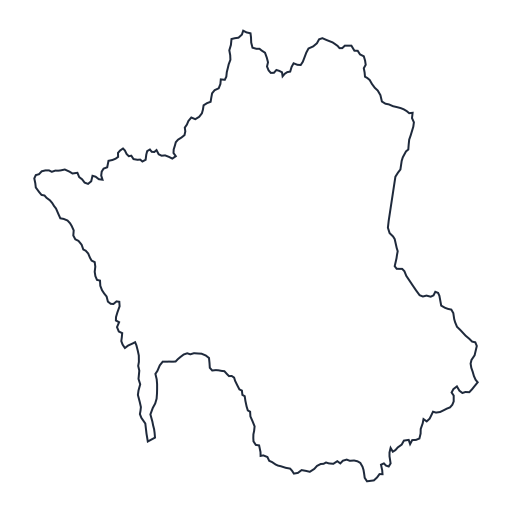 outline of Paraíso do Tocantins, Tocantins, Brazil
{"feature_id": "56859067B72116218699042", "entity_name": "Paraíso do Tocantins", "entity_type": "district", "adm_level": 2, "iso_a3": "BRA", "parent_name": "Brazil", "parent_adm1": "Tocantins", "projection": "equal_earth", "projection_center": [-48.851, -10.214], "detail": "fine", "context": "isolated", "style": "outline", "palette": "slate", "viewbox_px": 512, "rotation_deg": 0, "n_neighbors": 0, "source": "geoboundaries", "source_scale": "gbopen_adm2", "svg_char_len": 5322}
<svg xmlns="http://www.w3.org/2000/svg" viewBox="0 0 512 512"><path d="M224.8,79.8L220.8,79.4L220.4,84.0L218.7,88.3L214.6,90.2L212.1,93.3L211.3,97.6L210.6,101.8L207.1,103.1L203.6,105.3L202.9,109.7L201.9,113.3L199.2,116.8L195.3,119.2L191.3,117.5L188.4,121.0L186.9,124.6L184.8,127.6L185.3,131.4L184.5,135.1L181.5,137.5L178.0,139.7L175.8,142.2L174.9,145.6L173.7,149.4L173.5,153.0L175.8,156.2L172.3,158.6L169.0,156.9L165.1,155.4L161.6,155.7L158.7,154.3L156.5,150.1L154.3,152.0L151.7,151.8L149.9,149.5L147.2,151.1L146.3,154.5L145.6,159.8L142.4,161.5L140.2,159.6L137.5,159.8L133.5,159.1L131.3,155.7L128.8,156.2L126.6,154.0L124.9,150.5L123.0,148.5L120.1,150.5L118.0,152.9L118.1,156.9L115.6,158.7L112.4,160.0L108.5,160.8L107.2,167.3L103.6,168.6L101.7,171.6L101.2,175.5L102.5,179.7L98.8,179.2L95.6,176.7L92.5,175.8L91.2,181.3L88.0,183.9L84.6,182.6L82.1,179.3L79.2,177.1L77.4,172.8L72.5,173.5L69.4,171.6L64.8,169.5L60.7,170.4L58.1,170.7L55.3,170.6L51.8,171.8L49.0,170.4L45.4,170.4L41.7,171.3L39.0,174.2L35.8,175.1L34.3,178.4L35.3,183.3L35.8,187.5L39.0,191.9L41.5,194.9L44.5,195.5L46.5,197.8L49.9,200.3L52.2,203.0L54.1,206.1L56.0,208.5L58.2,213.6L60.3,218.3L63.6,218.9L67.5,220.5L70.1,223.3L71.7,226.0L73.7,230.4L73.3,235.5L75.3,239.3L78.5,240.9L81.6,244.7L83.3,249.5L85.7,250.7L88.2,253.5L90.0,257.8L91.6,260.6L94.7,262.1L95.3,266.7L94.7,271.8L95.4,276.2L97.0,279.9L100.0,280.6L100.3,285.8L102.0,290.2L104.1,293.4L106.6,296.5L107.9,301.6L110.7,303.8L113.4,304.0L116.5,301.4L119.3,301.8L119.6,306.3L117.4,312.4L116.0,317.1L115.9,320.5L119.1,322.2L117.0,327.1L118.8,331.5L122.2,333.1L121.8,337.3L121.3,341.1L122.6,344.6L124.9,348.0L128.2,345.5L132.6,343.5L135.1,342.2L136.4,345.3L137.8,350.8L138.8,355.5L138.9,361.9L138.2,365.9L139.3,370.7L138.5,378.9L140.2,384.3L138.5,390.5L137.9,394.9L139.8,402.2L140.9,407.1L140.5,410.7L139.9,414.1L141.4,417.9L145.3,423.5L146.5,433.7L147.8,441.5L155.0,437.6L154.6,432.9L154.1,429.2L153.1,425.3L152.4,421.7L150.4,414.4L152.8,407.9L155.2,403.5L156.6,398.7L157.0,393.5L157.1,389.1L157.1,384.2L156.7,379.3L155.4,373.9L157.4,370.9L159.8,365.3L162.7,361.7L165.4,361.7L169.2,361.6L173.0,361.7L175.6,361.5L177.8,359.2L180.4,357.0L183.7,354.5L187.2,353.3L190.3,354.3L194.0,353.2L198.0,353.5L201.5,353.7L205.8,355.5L209.0,358.0L209.5,363.0L209.8,367.8L212.2,370.5L215.8,370.1L218.5,370.3L221.6,370.9L224.4,371.2L227.0,374.1L229.0,376.1L231.7,376.0L234.1,377.6L235.1,380.8L237.2,385.1L239.4,389.4L241.9,390.6L242.4,394.9L244.7,396.2L245.4,400.9L246.6,406.5L247.8,410.4L250.1,411.7L250.4,416.4L252.6,421.4L254.6,426.4L254.1,431.0L253.4,434.3L253.3,438.0L253.5,441.4L255.8,444.9L259.1,445.4L260.5,452.1L260.6,455.9L263.3,455.4L267.4,457.0L269.2,460.8L272.1,462.1L275.6,464.5L278.0,465.6L280.7,466.2L285.7,467.8L290.1,468.6L292.0,470.7L293.9,473.6L297.9,472.9L301.6,470.1L306.0,470.9L309.8,471.8L314.3,468.9L317.0,465.9L320.7,464.0L323.6,463.8L326.0,462.5L328.9,463.4L333.3,463.8L337.3,461.2L340.3,463.4L342.9,460.7L346.7,459.6L349.8,460.8L354.1,460.5L357.5,461.3L360.3,462.9L362.5,466.7L363.5,469.9L364.1,473.5L364.7,477.8L367.0,481.3L373.9,480.4L377.1,477.4L379.5,474.1L382.5,474.2L382.2,470.3L381.0,464.7L383.9,463.4L386.0,465.6L388.7,466.5L390.6,463.4L389.5,456.3L389.5,452.5L390.6,447.9L392.8,451.7L395.4,450.1L397.8,447.4L401.7,444.6L403.9,440.6L408.7,439.9L410.1,444.1L412.2,440.1L416.0,439.9L419.4,438.5L420.6,433.6L420.7,429.0L422.7,423.3L423.5,419.1L426.7,421.4L429.6,418.7L431.2,415.5L433.0,411.7L436.0,412.6L440.1,412.0L443.8,410.2L446.9,408.6L450.0,407.4L452.3,404.8L453.7,401.4L453.7,395.6L451.6,392.5L453.4,389.1L456.9,386.4L459.4,390.7L462.4,393.0L465.4,392.0L469.3,392.2L472.2,389.1L474.1,386.7L477.7,382.3L475.6,379.8L473.9,376.0L472.7,371.8L471.3,367.8L470.6,363.6L471.5,359.9L474.6,355.3L476.8,346.0L475.3,342.3L472.1,341.6L469.3,338.8L465.6,335.7L460.5,330.2L457.0,326.8L455.1,322.2L454.2,319.1L453.3,313.1L451.3,309.6L448.0,308.9L445.0,307.8L441.2,305.6L439.4,295.8L438.1,292.9L435.3,291.8L433.5,295.4L430.7,296.7L426.5,295.6L422.9,296.5L419.6,295.2L416.0,290.3L412.6,285.3L409.0,279.9L406.3,275.9L404.4,271.2L402.2,268.9L396.7,268.8L394.7,266.2L396.5,258.3L397.0,254.9L397.7,251.2L396.7,248.0L394.7,239.1L393.1,236.5L389.6,233.1L387.9,227.7L388.7,220.7L395.4,176.7L398.0,172.6L400.4,169.5L401.7,160.8L402.8,157.3L406.0,151.4L408.3,149.5L408.7,144.4L409.2,139.6L410.7,135.3L413.3,126.7L413.9,122.3L412.0,118.1L412.6,112.8L409.2,113.2L406.7,111.1L403.7,109.3L400.7,108.1L396.9,107.1L393.0,106.2L388.9,104.4L385.4,103.7L381.9,101.5L380.4,95.1L377.7,90.5L374.7,87.7L371.9,83.9L369.7,80.0L367.3,78.0L365.0,76.7L364.6,72.5L363.8,68.2L365.7,64.8L365.1,60.7L363.8,56.3L360.0,54.4L357.7,50.8L354.4,50.7L351.4,45.7L347.9,45.7L344.8,45.7L342.3,48.1L339.5,48.1L337.6,45.9L335.1,44.1L332.6,42.4L329.8,41.3L326.5,40.0L322.4,38.2L319.1,39.3L316.9,43.3L313.2,46.4L308.5,48.5L306.3,52.6L304.5,57.4L302.8,61.8L300.7,65.0L297.4,64.8L293.6,63.3L291.6,66.9L290.2,71.6L287.3,72.1L284.7,73.8L282.6,76.3L282.0,72.3L279.3,70.9L276.4,70.0L273.9,72.8L270.8,72.9L268.6,70.4L267.0,66.5L268.0,62.3L266.8,57.7L265.0,52.7L261.6,50.5L259.5,48.8L256.4,48.8L252.5,47.7L251.2,42.6L251.0,37.3L250.5,33.3L246.5,32.4L243.2,30.7L241.9,34.6L238.5,37.7L234.9,38.2L231.5,39.0L230.9,45.0L229.3,50.3L230.2,55.2L230.4,59.8L228.7,64.3L227.9,67.7L226.8,72.1L226.3,76.7L224.8,79.8Z" fill="none" stroke="#1e293b" stroke-width="2"/></svg>